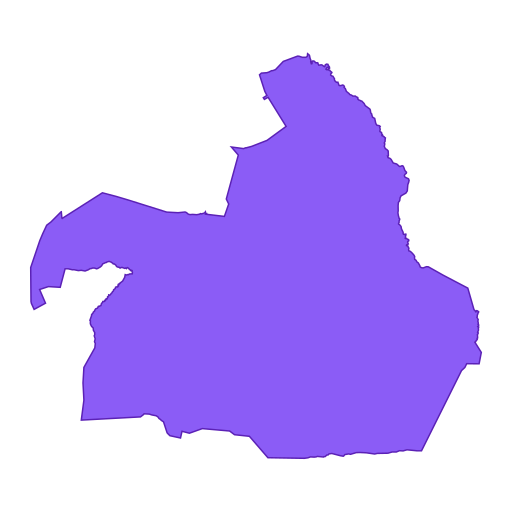 outline of Chisamba, Central, Zambia
{"feature_id": "96606910B82726316050571", "entity_name": "Chisamba", "entity_type": "district", "adm_level": 2, "iso_a3": "ZMB", "parent_name": "Zambia", "parent_adm1": "Central", "projection": "orthographic", "projection_center": [28.529, -14.773], "detail": "fine", "context": "isolated", "style": "filled", "palette": "violet", "viewbox_px": 512, "rotation_deg": 0, "n_neighbors": 0, "source": "geoboundaries", "source_scale": "gbopen_adm2", "svg_char_len": 5959}
<svg xmlns="http://www.w3.org/2000/svg" viewBox="0 0 512 512"><path d="M169.9,435.7L180.5,438.0L182.0,431.3L189.4,433.2L202.3,428.6L229.6,431.0L234.5,434.7L249.4,436.3L267.9,457.7L304.4,458.3L308.0,457.8L310.5,456.9L314.1,457.1L316.1,456.9L317.3,456.4L323.5,457.0L323.7,456.7L325.1,456.6L326.9,455.0L328.0,455.0L329.0,453.9L331.9,453.5L340.3,455.7L343.2,456.2L343.6,456.1L344.8,454.6L348.6,453.9L350.5,454.3L356.3,452.6L359.9,452.5L366.3,452.8L374.7,454.0L377.3,453.4L387.9,453.2L392.1,452.0L396.3,452.0L399.5,450.7L403.1,450.9L407.0,449.8L417.1,450.8L421.5,450.8L461.5,370.6L464.9,367.4L466.7,363.7L479.1,363.8L481.3,352.4L474.9,342.2L475.8,341.5L476.2,340.6L477.2,339.6L477.1,338.3L477.6,338.0L477.6,337.2L477.4,334.5L478.1,333.7L478.1,332.6L477.6,332.3L477.7,331.9L478.1,331.2L478.5,330.0L478.3,328.6L478.7,327.1L478.0,326.9L477.7,326.6L478.7,325.3L478.7,324.9L478.0,324.2L478.3,323.7L478.1,321.9L477.8,321.3L478.2,319.6L476.9,317.3L477.2,316.8L477.3,315.1L477.9,313.8L477.9,313.0L478.3,312.7L478.7,311.9L477.7,311.0L476.8,310.6L476.2,310.9L476.1,311.7L475.7,311.8L475.2,310.8L474.0,309.7L467.8,288.1L443.4,275.3L428.3,266.8L426.4,266.7L423.2,267.9L421.9,267.8L420.3,267.1L419.9,266.2L419.9,265.8L418.3,262.9L416.9,261.9L416.0,260.2L414.7,259.4L414.5,257.5L414.7,256.6L414.0,255.2L412.4,253.3L410.4,251.4L408.8,250.8L408.6,249.3L408.9,248.2L408.0,246.7L408.0,246.1L406.5,245.6L406.6,244.9L408.3,244.0L407.6,242.1L407.7,241.6L408.8,240.8L408.7,239.8L408.2,239.4L407.5,239.4L406.6,238.4L405.6,238.6L405.2,238.3L405.6,236.9L405.4,235.6L406.0,235.0L405.8,234.1L404.6,234.3L403.5,234.3L403.1,233.6L403.2,232.8L402.9,231.8L401.5,228.9L401.0,226.4L399.6,224.7L398.6,224.1L398.6,223.3L399.1,222.4L399.1,220.9L399.7,219.6L399.7,218.9L399.2,218.5L398.4,215.7L397.9,212.7L398.2,210.8L398.1,205.7L398.4,202.4L399.7,200.6L400.1,197.7L401.1,195.8L405.9,193.1L407.3,190.9L407.8,184.7L408.7,182.2L409.1,180.3L408.5,178.8L405.1,177.2L404.5,176.2L404.4,175.3L405.1,174.2L406.3,173.3L406.5,172.3L404.9,170.5L403.7,167.2L403.0,166.0L402.1,165.7L400.0,166.5L399.4,166.4L396.7,164.0L393.2,163.0L391.1,159.4L390.0,158.4L388.0,157.6L387.7,156.5L387.9,156.6L388.4,155.6L388.2,151.0L386.9,149.6L385.3,148.6L384.3,146.4L384.8,143.9L384.3,143.1L384.4,142.6L385.1,141.3L385.1,139.8L385.4,137.9L384.4,137.3L384.2,136.8L383.6,136.5L383.2,136.0L382.1,135.8L381.9,135.6L382.4,134.7L381.9,134.3L381.6,132.7L381.0,132.1L380.0,131.6L379.8,131.2L380.2,129.3L379.7,127.2L380.2,126.4L379.3,125.7L376.9,125.2L376.3,124.4L375.7,123.1L374.7,118.4L372.5,117.2L372.4,116.3L371.8,115.2L371.8,114.1L371.1,113.4L370.7,112.5L370.3,110.0L369.8,109.0L365.2,105.6L364.1,103.5L361.7,101.0L360.9,101.0L360.5,100.6L358.5,99.8L357.7,98.9L358.0,98.1L357.6,97.4L356.2,96.8L355.4,96.1L352.9,96.1L351.5,95.1L349.7,94.5L349.1,93.6L346.4,91.4L345.3,88.5L344.1,87.5L344.4,86.4L343.6,85.4L342.7,85.0L340.7,85.6L339.3,85.5L339.0,85.3L337.9,82.2L336.4,82.3L335.3,81.1L334.8,80.8L334.4,79.6L334.5,78.8L332.9,76.2L331.7,75.9L330.6,75.0L330.8,73.8L331.9,72.7L331.8,72.3L330.2,71.0L329.8,70.3L327.2,69.6L326.6,69.7L326.0,69.3L326.3,68.2L327.4,67.3L327.9,67.4L328.1,68.0L328.8,68.8L329.6,68.2L329.4,66.9L328.6,65.9L327.9,64.3L326.5,64.1L325.3,64.8L324.8,66.4L324.3,66.7L322.1,65.0L321.2,64.8L318.8,65.2L318.0,63.7L318.0,63.1L317.3,62.7L315.8,62.8L314.3,61.2L312.9,60.9L312.1,61.5L312.0,63.5L311.8,63.8L311.3,63.8L310.7,61.7L310.9,60.3L310.1,58.4L309.5,55.5L308.9,54.7L307.6,53.7L307.3,56.3L306.5,57.0L305.7,57.3L302.3,57.3L299.0,56.2L297.6,56.1L283.3,61.4L275.5,69.6L272.9,70.6L271.5,70.7L269.0,72.0L266.9,72.7L261.4,73.1L259.5,74.8L264.8,91.3L266.9,95.4L263.3,97.7L264.4,99.4L268.1,97.3L286.1,126.4L267.0,140.4L251.6,146.4L245.9,147.9L245.5,147.8L243.6,148.6L231.4,147.0L238.3,155.1L226.3,199.0L228.7,204.0L224.4,216.4L205.7,214.2L206.2,213.6L205.8,213.6L205.4,213.1L205.6,212.3L205.4,211.8L204.9,212.7L203.6,213.3L201.3,213.9L200.4,213.6L199.5,214.2L196.7,214.7L192.5,214.4L190.2,214.6L188.7,214.3L188.1,214.0L186.5,212.6L185.1,212.0L178.1,212.7L166.7,212.1L128.2,200.0L116.1,196.4L102.4,192.8L62.2,218.4L61.9,218.1L61.3,211.8L61.0,211.9L50.8,222.1L46.7,225.2L42.8,233.5L39.8,240.6L30.7,267.5L31.0,301.5L31.4,303.4L34.1,309.4L45.5,303.2L39.6,289.5L48.4,286.6L60.2,287.3L65.1,268.8L68.2,268.8L72.4,269.8L74.0,269.7L78.3,270.6L81.2,270.3L85.1,271.0L88.5,269.7L90.1,268.6L90.8,268.7L92.8,268.0L94.7,268.1L96.5,268.8L97.7,268.5L100.4,266.9L101.7,265.7L102.7,263.9L105.8,262.5L106.4,262.5L107.1,261.9L109.1,261.4L111.1,262.1L112.9,263.4L113.2,263.9L114.4,264.0L115.9,265.2L116.4,266.2L117.2,266.9L119.3,267.4L119.9,268.0L120.5,268.0L120.9,267.6L122.0,267.4L124.8,268.4L125.7,268.0L126.4,268.6L127.2,267.6L127.6,267.6L129.1,268.8L129.4,269.5L130.3,269.8L130.7,270.6L131.7,270.3L132.1,270.6L131.9,271.3L132.4,272.1L132.3,273.8L129.4,274.0L128.4,274.7L127.7,274.6L126.5,275.0L125.2,274.6L124.7,277.3L122.6,281.1L119.6,283.4L119.7,283.6L119.3,283.8L119.2,284.1L118.7,284.1L118.2,284.4L118.1,285.3L118.5,285.6L118.4,286.0L117.7,286.3L117.7,286.7L117.3,286.7L117.2,287.0L116.1,286.9L115.5,287.3L115.3,288.5L113.6,289.8L113.6,290.4L113.0,291.4L112.5,291.7L111.9,292.9L111.2,293.4L110.4,294.7L109.7,295.1L108.8,294.9L108.9,295.5L108.6,296.0L107.6,296.7L107.8,297.6L107.3,298.0L107.0,298.9L106.7,298.9L106.7,298.6L106.1,298.8L106.1,299.3L105.2,300.0L105.5,300.3L105.4,300.6L104.6,300.8L104.4,301.4L102.8,301.5L102.7,302.3L101.5,303.4L100.9,305.6L100.1,305.8L99.5,306.3L98.8,306.2L98.2,306.5L97.8,307.7L97.3,308.2L95.6,308.9L94.6,310.5L94.6,311.1L93.3,312.1L93.1,312.9L91.6,314.6L91.5,315.8L89.9,320.3L90.4,320.8L90.3,323.4L90.7,324.8L90.9,324.9L91.6,326.5L92.8,327.5L93.2,328.1L93.4,330.3L94.7,332.5L94.7,334.8L94.2,335.8L95.2,338.8L94.5,341.7L95.3,343.5L94.8,347.9L83.9,367.4L83.0,382.9L83.9,400.1L81.3,420.1L140.5,416.9L143.6,414.5L144.1,413.8L149.4,414.1L151.7,414.9L156.3,415.8L158.1,417.1L159.0,418.5L160.5,419.5L161.3,420.4L163.5,421.8L167.0,432.5L167.4,433.2L169.9,435.7Z" fill="#8b5cf6" stroke="#5b21b6" stroke-width="1.5"/></svg>